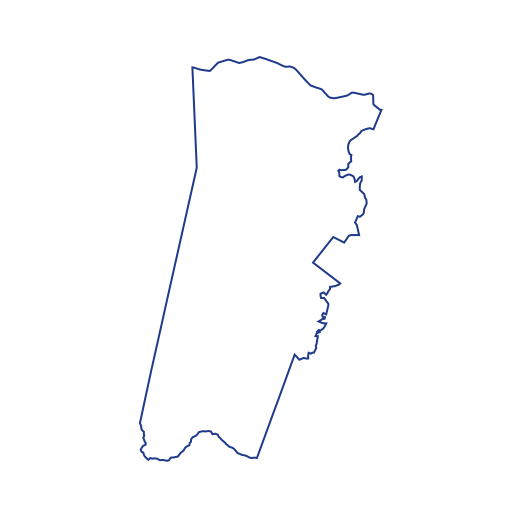 Porto Acre, Acre, Brazil (Mercator projection), rotated 258°
{"feature_id": "56859067B95321771565302", "entity_name": "Porto Acre", "entity_type": "district", "adm_level": 2, "iso_a3": "BRA", "parent_name": "Brazil", "parent_adm1": "Acre", "projection": "mercator", "projection_center": [-67.713, -9.636], "detail": "fine", "context": "isolated", "style": "outline", "palette": "blue", "viewbox_px": 512, "rotation_deg": 258, "n_neighbors": 0, "source": "geoboundaries", "source_scale": "gbopen_adm2", "svg_char_len": 3713}
<svg xmlns="http://www.w3.org/2000/svg" viewBox="0 0 512 512"><g transform="rotate(258 256 256)"><path d="M210.4,322.0L210.1,326.5L210.7,331.0L211.6,332.7L237.7,310.4L258.5,335.5L250.8,345.0L256.5,351.0L256.7,353.6L255.0,361.2L265.4,361.1L268.1,359.8L273.8,363.9L272.8,365.8L274.5,369.3L276.1,370.5L279.1,371.4L284.4,375.2L288.3,375.6L290.3,374.8L294.1,374.7L299.0,371.3L301.9,371.8L305.5,373.0L307.9,375.1L311.8,376.0L311.5,374.1L310.2,372.2L308.4,370.3L307.9,368.3L309.9,368.4L312.3,368.3L314.0,367.5L316.0,364.9L316.5,363.2L316.1,360.9L315.7,359.3L314.8,357.3L315.6,355.4L316.9,354.2L318.9,354.6L320.7,354.7L322.2,354.2L323.1,355.5L322.2,357.1L321.9,359.5L321.5,361.3L322.1,362.7L323.7,364.8L326.9,365.4L328.0,367.1L328.8,368.8L331.3,369.1L333.0,369.4L334.9,370.3L336.3,368.8L339.4,368.3L342.7,368.4L346.0,369.6L348.4,371.2L349.6,372.7L350.4,374.9L351.5,377.6L352.4,379.9L353.6,381.3L354.5,383.2L356.3,385.0L356.8,386.9L357.2,389.5L357.4,392.0L357.4,393.8L355.5,397.2L372.9,409.1L373.4,407.5L379.6,402.5L381.5,402.6L383.6,403.0L385.6,403.4L387.1,403.7L389.3,403.9L390.7,402.5L391.4,400.8L391.4,398.5L391.1,395.9L391.6,394.0L392.5,392.0L393.6,389.6L394.9,386.9L395.9,383.8L394.9,381.3L394.0,378.7L393.9,376.2L393.9,374.0L393.9,372.4L393.9,370.9L393.9,368.7L393.9,366.8L394.1,364.9L394.7,363.4L395.6,361.2L397.4,359.5L399.1,358.6L400.8,357.6L402.1,356.8L403.5,356.1L405.3,354.9L406.4,353.2L407.4,351.6L408.1,350.2L409.0,348.7L410.2,346.9L411.5,344.8L418.0,340.7L428.2,334.9L430.1,333.8L432.1,332.2L433.4,330.2L434.3,328.6L434.6,326.5L435.0,324.0L436.7,321.4L438.5,319.1L440.1,317.2L442.7,313.0L444.3,310.4L447.0,306.0L449.9,300.7L448.6,295.2L448.8,292.9L449.2,290.4L449.1,288.1L448.6,285.2L448.3,283.0L448.3,279.7L449.5,277.6L450.5,276.0L451.5,274.1L452.7,272.3L453.8,269.9L453.7,267.9L453.6,265.6L453.4,263.7L453.2,261.7L453.1,259.8L452.6,258.4L451.5,256.9L450.5,255.3L449.3,253.6L448.4,252.3L447.5,250.9L446.6,249.3L447.1,247.8L447.7,246.1L448.4,244.2L449.2,242.1L449.9,240.2L452.0,236.5L453.1,234.7L453.7,233.0L406.6,225.1L354.7,216.4L285.4,184.6L226.2,157.4L204.9,147.7L192.5,142.0L170.7,132.0L166.4,130.0L116.6,107.7L115.0,108.0L113.0,108.3L110.8,107.9L109.3,108.4L107.3,109.8L105.2,109.3L103.7,109.4L101.4,107.9L99.7,108.4L97.9,108.4L96.4,109.2L94.4,108.8L93.7,105.9L91.9,104.1L90.4,102.9L88.0,103.5L87.2,104.9L85.2,105.0L83.1,105.5L80.7,107.1L79.0,108.3L80.4,110.6L79.3,112.5L79.2,114.7L78.2,117.3L76.3,119.5L75.8,122.9L74.8,124.9L74.2,126.6L74.3,128.4L75.3,129.5L76.4,130.5L76.3,132.5L76.0,134.3L76.2,135.8L76.0,137.8L77.9,140.0L79.0,141.2L79.7,142.5L80.7,144.6L83.1,146.8L84.2,148.9L84.7,151.4L86.7,152.2L87.7,153.7L90.2,154.4L91.9,156.4L92.7,160.0L94.0,161.9L95.5,163.4L95.7,165.5L95.7,167.4L94.9,170.3L94.6,173.3L93.8,175.3L92.4,175.9L90.8,176.3L90.6,178.0L90.6,179.5L89.1,181.5L87.1,181.9L85.0,183.3L83.2,184.3L81.7,185.5L79.9,186.9L78.4,187.6L76.9,188.8L75.7,189.7L74.6,190.7L73.5,192.8L72.1,194.3L70.2,195.4L68.8,196.0L67.0,197.1L65.5,199.4L64.2,201.2L63.5,203.2L62.3,205.3L60.3,207.6L59.4,209.3L59.2,211.2L58.9,213.3L58.2,214.9L94.3,237.5L98.3,240.0L105.6,244.6L108.2,246.3L118.3,252.6L123.6,255.9L151.5,273.3L145.5,276.9L146.4,281.5L145.2,283.8L144.9,285.8L147.7,286.2L150.4,287.4L149.1,289.4L149.7,291.0L149.4,292.5L153.5,295.8L155.7,295.8L157.5,297.0L164.7,299.8L165.3,297.6L167.8,299.4L168.2,301.6L169.3,300.2L170.6,302.1L169.5,303.2L171.1,306.7L173.1,308.8L175.5,310.7L176.4,307.2L179.0,303.6L179.7,305.8L180.5,308.0L180.4,310.2L181.9,310.7L182.7,308.5L184.7,308.5L186.2,310.1L184.3,312.5L192.0,316.2L194.0,316.9L200.8,313.9L201.3,311.0L203.3,310.8L205.7,311.3L206.3,314.6L203.5,316.5L204.7,318.1L206.0,318.9L208.3,321.5L210.4,322.0Z" fill="none" stroke="#1e3a8a" stroke-width="2"/></g></svg>